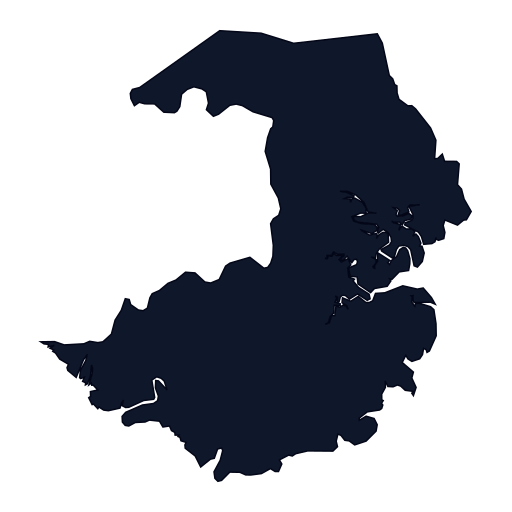 Alianza, Valle, Honduras (Albers equal-area conic projection)
{"feature_id": "27666195B71822643652972", "entity_name": "Alianza", "entity_type": "district", "adm_level": 2, "iso_a3": "HND", "parent_name": "Honduras", "parent_adm1": "Valle", "projection": "albers", "projection_center": [-87.707, 13.447], "detail": "fine", "context": "isolated", "style": "filled", "palette": "ink", "viewbox_px": 512, "rotation_deg": 0, "n_neighbors": 0, "source": "geoboundaries", "source_scale": "gbopen_adm2", "svg_char_len": 6066}
<svg xmlns="http://www.w3.org/2000/svg" viewBox="0 0 512 512"><path d="M456.6,161.4L444.6,161.3L442.3,154.1L437.7,158.5L434.6,158.7L435.9,140.2L430.6,128.0L415.6,108.9L411.8,105.7L407.8,105.8L399.0,99.3L397.1,93.0L396.9,85.8L394.7,84.6L392.7,78.8L389.3,75.5L382.3,43.1L377.3,33.8L293.6,43.3L261.2,33.2L219.7,30.7L139.7,87.5L132.4,89.4L130.3,93.4L130.9,98.7L134.4,105.7L139.2,102.3L144.7,103.8L154.6,103.9L163.8,112.2L174.4,112.7L176.9,111.2L179.8,106.6L181.6,94.2L187.2,89.4L193.9,86.8L201.9,88.9L206.3,91.8L208.5,103.2L206.4,109.7L213.4,116.3L218.6,114.2L229.8,105.3L236.2,104.1L242.3,105.6L253.0,111.8L272.1,117.6L273.7,120.5L272.8,126.9L270.7,128.8L267.6,137.6L265.2,151.4L270.6,169.1L270.8,184.1L278.3,197.9L280.8,208.8L278.7,215.3L273.4,218.8L270.6,223.7L273.3,245.3L272.9,256.3L270.7,263.2L267.7,267.4L263.9,268.2L249.9,257.3L230.0,263.1L225.6,266.1L219.2,279.5L210.7,283.0L204.9,282.0L195.0,272.9L185.5,272.2L176.0,280.0L168.0,283.3L159.4,290.5L152.2,293.7L149.9,297.8L147.4,308.1L143.1,310.7L138.4,310.0L130.7,304.6L129.2,299.5L125.3,298.7L121.3,310.3L115.1,320.1L111.4,334.1L102.9,341.8L97.8,342.6L89.7,341.3L83.9,343.8L64.2,344.9L54.6,341.6L40.8,341.8L44.0,343.9L48.5,344.4L48.1,347.0L54.4,345.3L50.1,348.3L53.7,349.9L52.7,351.3L55.5,353.0L59.7,359.1L68.5,364.3L67.0,367.7L67.8,370.4L76.2,377.4L83.4,360.0L87.4,354.1L85.7,360.7L80.5,370.3L79.6,377.7L80.7,378.6L84.4,377.2L82.6,381.4L85.6,382.7L85.4,384.9L87.4,383.8L90.4,376.0L91.5,365.0L92.6,368.0L92.2,373.8L88.9,384.9L91.4,383.0L91.7,385.2L93.2,385.1L97.8,390.0L90.4,391.6L90.6,396.4L88.7,397.7L92.1,404.6L93.5,404.0L97.8,408.7L98.9,407.0L103.7,410.1L108.4,410.7L120.0,408.1L121.5,402.8L123.6,399.9L122.2,405.7L125.6,407.5L128.8,407.3L143.7,400.5L153.7,399.3L154.7,397.4L151.8,380.1L156.7,376.8L161.2,378.3L164.2,381.1L167.2,390.1L158.5,380.9L155.7,380.5L155.4,387.9L158.4,396.1L157.6,400.7L153.5,403.5L142.4,405.0L125.7,412.3L122.1,416.4L122.4,422.1L125.2,425.4L128.8,426.0L135.3,422.5L145.1,422.0L149.4,420.1L159.5,421.2L162.9,427.0L169.5,426.0L171.5,430.6L174.8,432.4L175.1,435.1L179.0,435.1L178.0,436.5L180.0,437.4L181.0,440.8L186.2,442.4L184.9,444.9L185.2,448.2L195.2,456.0L200.7,467.0L210.4,459.2L214.3,458.3L217.6,449.0L221.6,448.0L222.7,450.5L220.2,460.3L214.0,471.8L214.9,478.3L217.9,481.3L221.6,480.4L229.8,472.1L239.9,472.3L245.7,474.9L250.7,475.0L261.4,473.6L270.4,468.6L275.1,471.5L278.5,471.5L281.8,464.0L279.4,459.9L288.7,455.1L292.3,456.0L295.7,453.7L307.7,450.9L332.9,451.1L337.5,446.7L336.2,441.2L337.9,434.1L341.0,435.4L344.8,440.3L349.2,440.9L354.7,444.9L366.1,441.1L376.1,431.1L377.2,424.7L374.1,418.5L366.1,416.2L359.3,420.3L359.2,418.1L367.2,411.9L379.6,410.0L381.7,408.5L382.8,405.0L381.5,403.3L383.2,400.6L381.8,399.8L381.7,394.1L385.4,387.4L385.2,380.9L387.9,386.5L393.1,386.8L397.4,385.0L400.7,386.1L405.2,390.3L413.4,391.4L411.8,393.2L413.4,395.6L416.1,387.4L411.8,378.0L413.4,372.1L402.2,362.5L405.8,355.3L407.9,358.9L411.9,361.4L419.7,358.8L422.5,354.6L423.6,348.4L426.1,349.6L427.0,352.4L429.4,351.0L436.2,335.8L436.0,323.7L433.9,309.7L430.6,306.7L419.7,303.4L415.7,303.3L414.8,306.3L411.6,301.8L412.3,297.0L411.1,295.8L413.2,295.6L412.9,300.7L414.2,302.5L430.5,302.2L435.2,304.2L431.4,297.5L423.2,288.0L417.3,289.1L402.8,285.8L384.8,292.8L375.5,293.4L372.7,300.8L369.3,302.5L365.9,302.5L358.2,296.4L350.8,301.2L342.5,297.8L342.0,302.7L347.1,305.9L348.1,309.6L346.1,306.3L343.1,305.0L339.8,307.3L335.9,306.0L334.9,315.7L331.7,315.6L329.4,322.8L325.1,324.4L328.2,322.6L330.3,316.2L333.6,313.3L334.2,305.2L340.2,305.5L340.2,303.7L334.9,302.2L336.8,297.9L335.2,295.9L337.6,297.3L336.9,302.3L339.1,301.6L340.3,296.9L342.3,295.3L345.3,295.5L349.5,299.1L357.5,294.0L367.2,300.3L370.1,298.8L369.1,294.2L358.5,287.4L353.1,280.9L354.5,279.2L348.8,277.2L347.6,267.8L350.8,264.9L348.1,258.6L341.3,262.1L339.0,259.7L342.8,255.1L336.6,255.6L333.6,253.6L331.9,256.3L328.2,256.1L327.4,258.7L324.8,258.5L327.1,257.7L326.9,255.4L331.4,255.4L333.7,251.9L337.5,254.3L343.9,254.1L344.2,255.7L341.1,258.3L340.7,260.4L343.3,260.1L347.1,256.2L351.8,262.7L354.1,259.5L356.6,259.3L357.5,261.8L356.6,264.6L348.7,268.0L350.2,276.3L357.1,276.9L358.0,284.0L370.6,292.6L374.5,288.5L387.2,286.3L390.9,280.9L389.6,278.8L392.0,279.3L399.2,271.9L408.6,270.5L409.8,263.9L409.9,258.7L407.7,250.8L405.7,248.0L403.3,247.3L399.7,249.7L396.5,256.8L391.3,260.6L389.6,264.5L387.7,262.8L389.7,260.4L377.6,252.7L377.5,261.6L374.6,265.6L374.7,268.3L373.5,267.8L373.0,266.4L375.7,263.5L376.3,259.7L371.1,257.0L375.4,257.8L376.1,253.7L379.1,249.2L388.6,242.2L388.2,235.0L386.5,232.4L382.8,232.4L378.5,235.2L376.4,238.7L377.3,235.4L376.3,233.4L369.6,235.1L362.0,230.9L361.3,230.0L371.9,233.6L376.6,230.5L377.3,227.7L374.4,224.5L361.3,223.6L353.6,221.1L351.8,216.7L360.6,213.1L366.2,213.2L365.8,207.8L362.3,202.3L354.8,198.1L352.1,198.6L350.5,202.6L350.2,199.0L344.4,198.6L347.4,197.2L353.4,197.6L354.0,195.9L346.7,192.4L339.9,191.3L347.8,191.4L355.9,195.0L364.1,202.5L368.1,212.0L376.5,213.2L368.4,213.0L360.7,216.7L354.3,216.3L353.2,218.0L354.8,220.6L358.0,222.1L376.8,224.2L378.8,227.3L377.4,231.8L378.2,233.2L383.1,229.4L388.0,232.3L391.0,237.3L391.5,241.7L389.5,244.9L381.1,249.6L381.6,251.0L392.3,258.0L394.5,256.4L396.4,249.5L398.8,246.1L403.6,245.3L407.8,246.5L410.7,249.7L414.1,265.8L417.4,267.1L422.3,261.5L424.2,253.0L422.0,246.2L419.6,246.1L420.9,243.1L418.4,236.7L415.9,234.0L412.7,236.6L414.8,231.7L412.0,228.9L406.3,229.0L401.9,226.1L398.6,230.5L400.6,224.4L393.7,222.9L391.6,221.1L394.3,222.3L399.6,222.1L402.3,224.8L404.6,220.7L410.7,219.1L412.3,216.0L409.0,213.5L402.7,216.0L397.3,216.3L395.9,214.5L397.3,210.7L393.4,207.6L397.1,208.1L399.6,210.5L398.2,214.7L400.7,215.4L408.9,211.9L407.7,207.7L409.8,205.1L419.7,204.7L408.9,206.3L413.1,214.8L413.0,218.2L411.7,220.4L405.2,222.8L404.6,224.9L418.4,232.1L421.4,236.5L423.7,244.3L431.9,243.6L435.0,241.7L435.9,237.3L436.3,239.4L438.6,240.3L443.8,238.6L444.9,232.4L443.2,225.5L444.9,220.0L457.5,225.1L463.6,220.1L466.4,219.8L471.2,211.5L464.1,199.1L461.5,189.1L457.5,184.7L459.2,163.9L456.6,161.4Z" fill="#0f172a" stroke="#020617" stroke-width="1.5"/></svg>